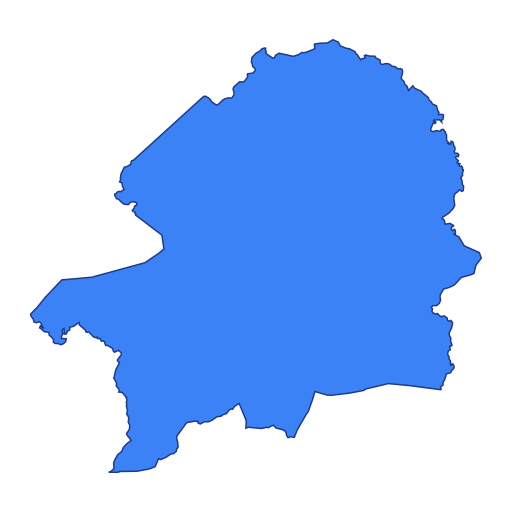 outline of Skaistas pag., Kraslavas, Latvia
{"feature_id": "27541924B50385925573472", "entity_name": "Skaistas pag.", "entity_type": "district", "adm_level": 2, "iso_a3": "LVA", "parent_name": "Latvia", "parent_adm1": "Kraslavas", "projection": "mercator", "projection_center": [27.39, 55.983], "detail": "fine", "context": "isolated", "style": "filled", "palette": "blue", "viewbox_px": 512, "rotation_deg": 0, "n_neighbors": 0, "source": "geoboundaries", "source_scale": "gbopen_adm2", "svg_char_len": 5979}
<svg xmlns="http://www.w3.org/2000/svg" viewBox="0 0 512 512"><path d="M440.8,389.7L441.1,389.3L440.5,387.2L443.1,384.9L443.0,382.6L444.7,379.7L445.3,376.9L445.9,376.2L446.0,374.0L450.7,372.7L451.7,370.4L453.0,369.4L454.1,367.6L453.9,365.5L452.9,364.0L451.9,363.9L451.5,365.0L450.7,365.2L450.2,363.2L450.6,362.3L450.3,360.6L449.1,359.1L449.1,356.9L447.6,354.1L448.2,351.1L450.3,349.8L450.1,348.4L449.6,347.5L449.8,346.3L451.9,345.7L451.9,344.7L450.4,340.5L450.8,339.6L450.7,337.8L449.5,335.7L449.0,333.5L451.4,328.2L452.3,325.1L452.6,322.6L450.9,320.4L449.3,321.3L447.4,320.2L447.2,318.1L444.4,316.0L442.8,316.1L441.4,317.0L438.5,314.7L437.6,313.5L436.2,314.2L433.0,312.9L432.0,311.5L432.5,308.8L431.2,307.3L432.7,305.7L436.7,305.6L439.3,303.3L440.6,300.1L440.0,296.9L440.4,294.4L443.7,289.0L449.3,287.4L454.3,285.0L461.4,277.4L471.3,274.6L474.0,273.4L475.8,265.5L481.3,258.1L479.3,252.6L464.2,245.8L458.9,236.9L454.2,234.5L454.0,233.9L455.3,233.9L455.5,232.2L455.1,230.0L454.2,229.3L453.2,230.6L452.5,230.7L451.6,229.6L451.4,227.9L451.9,227.0L453.5,226.0L453.5,225.5L450.0,223.4L445.1,224.2L444.4,220.4L442.1,218.1L442.3,217.5L449.1,213.0L453.4,208.2L454.7,205.3L453.8,198.1L454.2,195.5L455.3,193.4L457.5,191.9L459.3,189.9L461.9,191.4L462.8,191.0L463.3,190.2L463.6,186.1L462.4,184.5L461.9,180.3L460.9,178.3L461.2,178.1L460.9,177.5L462.6,175.3L462.6,174.0L462.2,173.3L463.1,171.4L463.3,169.7L462.4,169.1L462.5,167.4L461.4,165.9L460.2,166.5L458.5,164.9L458.6,164.3L459.6,164.2L459.9,163.6L457.8,163.3L456.9,162.5L458.1,161.5L458.4,160.7L456.1,158.6L455.5,157.2L456.4,156.3L458.3,156.6L458.8,154.7L457.4,153.2L455.4,153.3L454.4,152.5L454.3,151.8L455.0,149.2L454.8,147.0L453.7,145.6L453.4,143.2L452.6,141.8L451.2,141.2L450.7,143.9L449.3,144.4L449.2,143.6L448.0,143.3L448.8,142.7L447.3,141.3L446.6,140.1L446.5,134.7L445.4,133.4L445.5,132.0L444.0,130.6L443.6,129.5L441.4,129.5L440.7,130.9L440.1,131.3L436.2,130.6L433.2,131.7L431.0,130.7L430.7,130.2L430.8,128.9L433.0,123.3L433.7,123.0L434.9,123.6L435.8,122.5L435.7,121.9L433.5,121.2L433.7,120.2L439.5,119.7L441.7,122.0L441.3,120.1L442.8,119.6L443.5,116.1L443.4,114.9L441.9,114.3L438.4,114.7L438.3,114.0L439.0,112.5L437.6,110.2L436.5,105.8L432.5,104.1L431.0,101.6L429.1,100.0L428.2,97.4L422.4,92.8L421.4,91.4L414.6,88.2L412.9,85.8L408.5,90.5L407.1,86.3L404.8,84.2L404.0,81.6L401.3,78.8L401.5,76.4L402.4,74.0L402.6,71.2L402.0,69.2L400.3,68.6L397.9,68.9L395.1,66.6L392.1,66.3L390.2,64.6L388.0,63.7L385.5,63.6L382.6,64.4L381.2,64.2L380.4,63.3L380.0,60.0L375.8,57.9L374.9,56.2L369.8,56.1L365.4,55.0L364.3,55.9L365.1,57.3L365.0,58.2L361.8,58.8L360.7,59.8L357.0,54.3L356.2,54.1L355.0,51.7L349.3,48.7L346.3,48.3L340.2,45.8L338.3,42.1L332.9,39.7L327.4,43.0L320.2,43.2L314.7,44.0L314.3,45.0L315.0,48.4L313.0,49.6L306.1,52.2L303.7,52.8L302.1,52.4L298.4,54.7L293.2,56.3L279.2,53.2L275.5,55.3L274.6,57.5L272.9,58.2L266.0,53.6L265.8,53.0L266.2,52.4L266.1,51.1L265.4,49.8L265.6,48.2L264.3,48.0L261.5,49.1L260.2,50.8L255.9,53.3L251.9,57.6L251.4,62.5L252.3,63.6L252.6,66.4L255.3,68.9L255.0,71.0L252.7,73.1L247.6,73.8L247.3,74.7L247.6,76.3L247.5,77.3L244.6,81.0L243.6,81.9L239.6,81.8L233.9,86.9L233.2,88.3L233.1,89.6L234.0,92.3L234.1,94.5L232.2,97.5L231.0,98.2L228.4,97.8L224.8,98.8L222.9,99.9L218.7,104.1L216.3,105.0L211.8,101.8L209.8,98.9L208.2,97.7L205.0,96.1L203.4,96.6L133.5,160.2L131.7,160.7L131.1,161.9L130.7,164.3L126.7,166.7L124.4,167.1L121.1,173.8L120.5,177.2L120.5,179.8L119.6,181.9L122.0,183.0L122.4,186.0L124.1,189.5L120.4,191.8L119.7,191.3L117.3,192.0L116.3,193.3L114.7,194.1L114.6,195.1L116.5,198.7L118.7,199.3L120.9,201.7L124.0,204.2L128.3,204.6L131.2,201.7L136.2,202.3L137.0,204.7L134.6,206.1L134.2,208.1L132.3,210.4L133.0,211.4L135.0,212.2L135.5,213.3L135.1,213.3L135.6,215.1L161.9,235.1L163.9,249.0L158.2,253.7L144.9,262.7L91.9,277.2L61.8,279.9L45.4,297.2L37.4,307.1L30.7,314.1L31.0,316.0L33.5,319.6L33.9,321.9L36.3,322.7L39.4,321.8L40.7,322.8L41.4,323.8L41.6,325.6L43.1,327.0L43.3,327.8L41.9,327.2L41.4,325.9L40.6,325.7L39.8,327.1L39.6,327.7L39.9,328.1L41.9,329.3L44.0,331.6L48.8,332.4L49.3,335.3L51.8,337.4L53.6,339.8L53.3,342.1L55.0,343.4L58.0,343.6L60.9,344.7L63.6,343.6L65.7,341.5L66.2,338.7L61.3,338.4L61.7,335.8L62.8,333.8L62.2,330.8L62.8,329.2L64.1,328.5L64.3,334.1L66.2,334.0L67.1,332.3L67.1,331.3L69.8,329.9L69.6,327.2L73.4,326.4L79.0,322.5L79.5,325.0L85.6,330.3L85.9,331.9L87.4,332.3L88.8,331.9L93.4,336.8L95.6,337.6L97.2,337.3L96.9,337.9L97.6,338.6L100.4,338.6L100.8,340.3L101.5,341.2L103.4,340.9L104.4,341.7L105.6,345.4L107.6,345.5L112.7,348.5L113.3,351.1L114.4,352.2L118.5,350.4L121.2,352.7L121.4,353.9L121.1,354.9L117.3,360.1L117.7,361.1L119.5,362.6L115.8,369.8L114.0,377.7L113.7,377.9L116.5,382.9L116.3,386.2L118.3,388.3L119.3,390.4L119.4,391.0L118.7,392.0L122.3,392.5L126.5,397.6L126.2,397.7L127.0,400.1L126.3,402.6L126.9,404.9L126.3,405.9L127.4,410.1L126.7,414.1L128.7,417.3L128.3,422.3L129.3,424.1L129.8,426.3L129.2,429.7L126.6,433.4L126.7,434.3L128.5,437.2L129.7,437.7L129.6,438.3L131.2,440.4L126.8,443.7L123.3,447.5L121.7,451.5L117.7,454.7L114.8,459.9L113.6,462.9L114.0,467.1L113.7,469.0L110.6,471.6L108.6,472.2L116.4,472.3L119.0,472.0L119.1,471.5L137.3,471.2L149.4,468.9L155.1,466.7L158.6,458.6L160.4,459.6L161.4,459.3L166.2,457.2L171.0,453.9L173.5,453.7L176.4,451.2L176.5,449.2L177.8,447.7L178.1,446.2L177.7,444.1L177.9,443.1L176.7,438.5L176.8,436.2L186.6,422.7L195.0,421.1L197.8,421.4L197.7,422.1L198.4,423.2L200.4,424.0L204.2,421.8L208.6,421.8L212.3,420.0L216.8,416.8L221.1,416.2L222.8,414.7L226.4,413.6L229.0,410.2L230.6,409.1L232.7,409.2L234.7,406.2L239.2,403.5L246.0,420.0L246.2,422.2L245.9,428.2L247.8,427.3L249.1,427.3L261.4,428.5L266.8,427.3L268.5,427.7L270.7,426.2L273.6,425.3L276.1,428.1L282.0,429.5L285.1,431.0L286.2,433.0L286.5,435.2L287.8,437.5L288.9,437.6L290.2,436.7L294.3,437.3L297.0,430.4L306.1,414.5L308.3,411.4L312.7,399.0L314.9,391.5L327.2,395.1L331.8,395.2L348.9,393.2L363.5,390.5L366.0,388.9L388.3,383.6L409.6,385.6L440.8,389.7Z" fill="#3b82f6" stroke="#1e3a8a" stroke-width="1.5"/></svg>